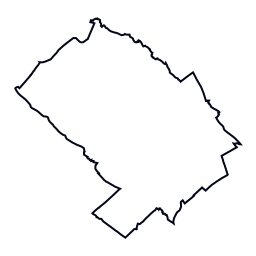 Curtesti, Botosani, Romania
{"feature_id": "2599482B73716803842093", "entity_name": "Curtesti", "entity_type": "district", "adm_level": 2, "iso_a3": "ROU", "parent_name": "Romania", "parent_adm1": "Botosani", "projection": "natural_earth1", "projection_center": [26.65, 47.693], "detail": "fine", "context": "isolated", "style": "outline", "palette": "ink", "viewbox_px": 256, "rotation_deg": 0, "n_neighbors": 0, "source": "geoboundaries", "source_scale": "gbopen_adm2", "svg_char_len": 5676}
<svg xmlns="http://www.w3.org/2000/svg" viewBox="0 0 256 256"><path d="M227.7,174.7L224.8,165.7L223.5,162.1L223.1,160.9L223.1,160.4L221.6,156.1L221.6,155.8L222.7,155.2L223.8,154.6L230.3,151.0L233.5,149.1L236.8,147.3L235.9,146.2L235.3,145.7L235.0,145.4L234.8,144.9L234.0,144.0L233.7,143.5L234.9,143.7L236.2,143.4L236.8,143.3L237.5,143.4L238.0,143.6L238.6,143.9L239.6,144.2L240.6,144.3L239.2,142.6L238.0,141.4L234.8,138.1L233.0,136.6L227.1,132.2L224.8,130.3L224.4,129.9L223.9,128.8L223.7,128.2L223.3,126.8L223.0,126.3L222.1,125.4L220.4,123.8L219.8,123.2L218.6,121.8L218.2,121.2L216.8,119.0L216.2,117.6L217.0,117.2L217.5,116.6L218.0,116.1L218.1,115.8L218.2,115.5L218.6,115.0L218.9,114.7L218.7,114.5L218.5,114.3L218.7,113.7L218.3,113.2L218.2,113.0L218.4,112.9L218.8,112.8L219.2,112.5L219.4,112.2L219.0,111.8L218.6,111.3L216.5,110.1L216.2,109.8L215.6,109.6L215.3,109.4L214.4,109.0L212.6,107.9L211.2,107.0L211.0,106.2L210.5,105.7L209.9,104.4L209.7,104.3L209.3,104.2L209.2,103.6L208.9,103.3L208.6,103.2L208.7,102.6L208.5,102.3L208.1,102.1L208.1,101.7L208.4,101.4L208.6,101.1L208.9,100.8L209.0,100.6L207.7,100.6L206.8,100.7L206.5,100.8L206.4,101.0L206.0,101.0L203.9,94.2L203.4,92.7L201.1,87.0L197.1,80.2L194.1,74.4L193.5,73.2L193.0,72.4L188.1,75.9L180.6,81.6L180.4,81.2L179.9,80.8L179.0,79.9L178.2,79.4L177.7,78.4L177.0,78.1L175.8,77.7L175.2,77.3L173.2,75.2L172.4,74.5L170.2,73.0L169.8,72.3L169.8,71.1L169.1,69.7L168.9,69.0L168.2,68.0L167.8,67.5L167.5,67.0L167.4,66.4L167.0,65.3L165.8,63.1L165.6,63.9L165.3,64.1L163.9,63.5L163.6,63.2L162.4,61.9L161.9,61.4L160.9,60.7L160.4,60.3L159.8,59.9L158.6,59.6L158.0,59.2L157.5,58.6L157.4,58.3L157.2,58.3L155.7,59.3L153.8,58.1L153.2,57.8L152.9,57.6L152.6,57.3L152.8,57.1L152.2,56.7L151.8,55.9L151.5,55.8L151.5,55.4L151.9,54.6L151.7,54.5L152.4,52.7L151.5,52.3L149.6,49.7L149.9,49.3L148.9,48.5L147.9,47.5L145.6,46.2L145.1,45.7L143.4,46.4L142.8,45.7L141.3,42.6L140.0,41.0L138.9,40.5L138.8,41.8L138.5,42.0L138.3,42.0L138.1,41.8L138.0,41.5L138.0,41.1L137.9,40.9L137.0,41.9L137.0,42.2L136.8,42.3L136.1,42.3L135.1,42.1L134.4,41.7L134.2,41.4L134.2,41.2L133.3,39.9L133.2,39.5L133.0,38.8L132.7,38.3L131.8,37.7L130.5,37.0L130.0,36.6L129.9,36.1L129.7,35.8L129.7,35.5L129.5,34.6L128.2,34.7L126.3,34.6L125.7,34.4L124.9,34.0L124.2,34.6L123.4,34.9L121.6,35.2L120.2,34.6L118.4,33.6L115.7,32.7L114.5,32.5L113.6,32.2L111.1,31.4L110.5,31.1L108.9,30.0L107.4,28.4L107.1,28.2L106.2,28.1L105.9,27.8L106.0,27.7L105.2,26.9L104.6,25.8L103.9,25.3L103.6,25.3L101.9,26.9L101.1,26.1L101.3,26.0L101.1,24.7L101.1,23.9L100.5,22.8L99.9,22.1L100.2,21.1L100.0,20.6L100.0,20.0L99.9,19.9L99.3,19.6L99.1,19.4L98.8,19.3L98.0,19.3L97.8,19.1L97.5,18.5L97.3,18.4L97.0,18.5L96.3,19.0L95.7,18.7L94.3,19.3L93.7,19.7L93.4,20.2L93.2,20.6L92.1,20.3L91.7,20.4L91.0,20.2L90.4,22.2L92.4,22.6L94.4,23.3L88.1,38.2L88.1,38.7L83.2,42.2L81.3,42.4L79.6,41.7L75.8,38.0L73.2,38.1L64.0,45.2L58.7,49.9L56.7,52.7L53.6,56.0L50.8,59.3L45.0,61.7L42.1,62.4L39.6,62.2L39.8,62.5L39.7,62.8L39.2,63.5L38.0,65.4L37.1,66.3L36.0,67.8L35.3,68.8L34.7,69.4L34.4,70.5L33.6,71.0L33.2,71.7L32.7,72.3L32.4,73.0L31.5,74.0L31.2,74.9L31.1,75.0L30.6,75.1L30.1,75.7L30.1,76.0L20.2,87.4L19.4,88.2L18.1,86.8L16.3,87.4L15.4,88.1L15.4,88.8L16.0,89.9L17.6,92.4L18.5,93.6L20.4,95.4L25.4,99.4L26.5,100.5L29.9,104.4L30.4,105.3L30.6,106.6L31.0,107.3L32.0,108.1L34.1,109.2L37.0,110.8L38.3,111.8L41.6,114.8L43.1,116.0L43.8,116.4L45.2,116.4L46.9,116.8L47.8,117.3L48.3,118.1L48.4,118.9L48.5,119.5L49.6,121.5L50.2,122.2L53.1,124.9L53.7,126.2L54.7,127.2L56.3,128.7L58.8,131.6L61.4,133.7L62.9,134.7L65.2,135.6L66.1,137.9L66.6,138.8L72.2,142.4L77.2,144.9L81.3,146.5L83.9,148.2L84.3,150.7L84.7,151.6L84.0,152.1L84.0,154.6L87.6,156.9L87.2,157.4L87.7,158.3L88.1,158.6L89.0,158.6L89.8,160.1L90.9,159.9L90.6,160.3L90.7,160.5L91.1,160.5L91.2,161.1L93.5,161.0L93.4,161.7L93.5,161.8L93.5,162.2L97.3,163.0L95.9,165.1L95.5,165.4L95.4,167.2L95.4,168.0L95.5,169.0L95.9,169.7L97.5,171.7L98.4,172.5L98.9,173.1L98.2,173.4L101.6,177.2L102.4,178.0L104.3,180.2L105.5,181.0L106.1,181.7L106.9,181.9L107.2,182.1L109.2,183.2L110.2,183.9L111.3,184.4L112.2,185.0L112.9,185.3L114.0,186.1L115.4,186.8L117.9,187.8L120.1,188.8L118.8,189.7L115.5,193.0L105.4,202.3L103.8,203.6L100.4,206.3L99.2,207.6L98.9,207.5L95.5,210.3L93.5,212.2L92.4,213.3L93.0,213.9L93.7,214.4L95.4,215.2L96.3,216.2L96.5,216.8L96.5,217.2L97.0,217.3L97.3,217.2L97.6,217.6L98.3,217.9L99.0,218.6L99.6,218.9L100.4,218.9L101.1,218.8L101.4,218.9L103.1,221.3L109.6,226.1L110.3,226.5L111.9,227.8L115.1,230.2L117.2,231.6L120.6,234.3L123.7,236.5L125.4,237.6L131.8,231.5L133.3,230.1L133.8,229.4L135.0,229.0L135.5,229.0L136.1,229.2L136.5,229.3L136.8,229.1L136.5,228.2L137.8,223.7L139.8,224.1L141.5,222.6L143.1,221.5L144.9,219.4L150.9,213.6L154.0,210.9L154.8,210.5L155.3,210.1L155.9,209.0L156.5,208.2L156.8,208.3L157.3,208.8L157.7,208.9L158.1,208.9L158.5,209.4L158.6,209.0L159.2,209.1L159.3,208.5L159.8,208.3L160.0,208.7L160.4,209.1L161.8,210.1L162.0,210.6L162.6,211.2L162.4,211.4L162.2,212.2L162.6,212.5L162.6,212.9L163.0,213.5L163.0,213.8L163.3,213.9L164.2,213.6L164.8,213.7L165.1,214.0L165.3,214.7L165.4,214.8L166.0,215.1L166.2,214.9L166.7,215.0L167.1,216.1L167.3,216.7L167.5,217.5L167.9,219.6L168.3,219.9L170.7,221.5L172.2,222.3L173.6,223.4L173.3,222.0L173.3,221.6L173.9,218.8L174.2,217.8L176.8,212.7L177.1,212.3L177.7,211.8L179.2,210.7L179.4,210.5L180.0,209.4L180.9,207.3L181.1,206.7L181.1,206.1L180.8,202.7L180.9,202.3L180.9,202.0L181.3,201.5L182.7,200.3L182.9,200.4L183.2,201.2L184.7,203.4L192.2,197.4L194.0,195.8L193.6,195.3L202.1,187.5L204.1,189.3L205.6,190.6L209.1,187.3L211.9,184.8L213.4,183.8L216.7,181.5L221.8,178.2L226.8,175.4L227.4,175.0L227.7,174.7Z" fill="none" stroke="#020617" stroke-width="2"/></svg>